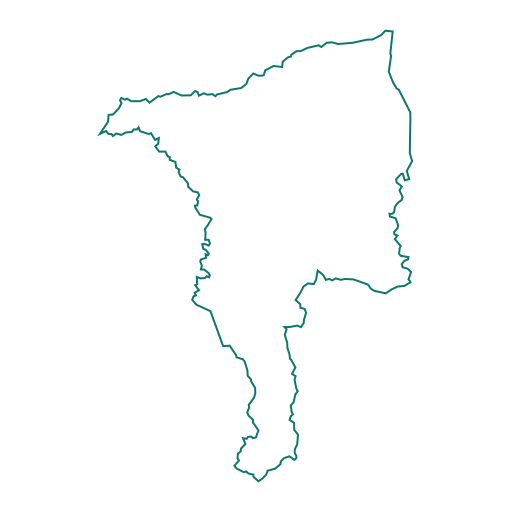 Ciales, Puerto Rico (Mercator projection)
{"feature_id": "32010507B34283188720428", "entity_name": "Ciales", "entity_type": "district", "adm_level": 2, "iso_a3": "PRI", "parent_name": "Puerto Rico", "parent_adm1": "", "projection": "mercator", "projection_center": [-66.527, 18.264], "detail": "fine", "context": "isolated", "style": "outline", "palette": "teal", "viewbox_px": 512, "rotation_deg": 0, "n_neighbors": 0, "source": "geoboundaries", "source_scale": "gbopen_adm2", "svg_char_len": 3705}
<svg xmlns="http://www.w3.org/2000/svg" viewBox="0 0 512 512"><path d="M108.0,121.8L99.9,133.9L106.1,131.0L108.3,133.8L111.6,134.1L112.9,136.1L116.2,133.5L121.3,134.9L125.7,132.5L131.9,131.9L133.7,129.4L137.0,129.5L138.6,127.4L140.0,131.2L148.7,134.0L151.0,133.2L155.1,139.9L158.8,138.1L158.2,143.8L155.3,146.3L159.1,151.6L165.4,151.6L167.7,156.3L169.8,157.1L169.7,159.9L175.4,161.9L176.1,167.5L179.5,169.7L178.6,172.1L180.6,176.5L183.2,177.4L188.0,183.5L188.1,186.7L193.1,191.4L197.8,192.3L199.2,195.1L196.8,199.5L198.1,201.4L197.3,205.3L194.9,205.6L195.3,207.5L199.9,214.8L210.2,217.7L211.5,218.9L207.9,225.1L204.8,229.2L205.6,232.5L205.2,239.8L208.7,239.8L209.9,243.4L208.7,245.6L204.2,243.7L202.2,244.3L203.4,249.1L205.6,249.7L208.7,253.6L207.8,255.3L205.6,254.3L206.0,257.8L200.7,259.6L200.3,261.7L201.9,265.6L200.9,269.5L204.1,269.5L208.6,273.1L209.8,275.2L209.0,277.3L206.8,276.3L205.0,278.0L200.5,278.4L196.8,276.9L197.2,284.2L195.2,285.2L199.0,290.2L194.7,292.7L195.9,295.4L193.5,296.4L192.2,299.8L196.4,304.7L210.5,311.2L215.6,325.4L223.1,346.1L229.7,345.7L236.0,355.0L236.5,357.3L242.9,359.3L244.6,361.5L247.4,370.3L247.7,375.9L250.9,379.2L251.2,381.4L255.1,387.9L255.3,393.4L254.1,397.6L248.8,404.7L249.2,407.3L247.2,412.6L248.6,415.7L253.0,419.7L253.0,422.5L258.4,430.3L256.0,437.3L252.9,438.2L251.2,436.6L248.0,436.8L246.7,438.8L243.0,438.2L245.4,444.0L240.9,448.6L240.8,451.2L237.9,453.7L237.5,458.4L239.0,460.4L234.4,465.8L236.6,468.5L243.8,472.2L246.1,471.4L248.4,473.5L253.4,474.6L253.4,476.7L258.5,481.3L262.6,478.4L266.1,474.7L267.6,470.7L275.0,468.7L280.4,464.3L280.8,461.5L283.9,458.2L289.5,456.3L294.3,459.9L296.3,458.1L296.4,456.0L294.6,452.7L294.9,449.1L297.2,444.4L298.0,434.6L294.2,429.8L294.1,422.8L289.6,419.9L290.8,416.3L292.9,414.3L291.6,411.8L290.8,405.4L293.5,402.5L295.4,394.3L297.7,391.1L296.3,388.6L294.5,379.6L295.6,376.2L292.0,373.9L295.4,367.5L291.2,359.8L289.9,358.7L289.6,354.6L287.4,347.9L287.2,342.7L284.8,334.9L286.6,329.3L284.5,327.0L289.3,327.1L297.2,325.6L301.0,327.1L303.7,323.0L304.0,319.7L306.1,312.7L304.6,308.9L300.4,307.8L300.2,304.1L295.6,300.1L300.7,292.2L303.5,286.5L308.1,283.4L313.7,284.1L316.1,279.7L317.4,271.7L317.7,270.5L323.3,275.2L325.8,279.9L329.1,278.9L332.2,280.4L335.7,278.4L340.7,279.8L345.0,279.0L353.5,279.4L367.5,284.4L368.9,285.7L370.7,288.6L374.5,290.9L385.8,293.3L391.8,289.3L397.5,286.6L404.3,285.9L410.5,282.3L409.9,281.1L408.5,279.5L411.1,271.9L407.5,268.7L402.6,267.2L401.7,264.1L404.3,260.9L408.1,259.3L408.5,257.1L400.7,255.8L399.1,253.9L399.7,248.2L400.7,246.0L394.8,239.0L397.5,235.6L394.4,234.3L394.1,232.0L397.6,228.1L398.1,225.2L395.6,218.2L389.9,216.5L389.5,213.7L392.0,213.9L394.1,212.1L394.9,207.1L397.1,203.5L401.7,199.9L402.6,197.1L399.5,190.4L400.5,188.7L401.8,186.5L396.6,182.3L396.1,179.3L401.1,174.0L402.8,173.7L404.8,180.3L409.2,179.1L406.8,171.0L412.1,161.1L411.3,158.3L409.8,153.3L410.2,127.4L410.4,121.9L410.3,112.4L398.9,89.8L396.6,88.4L393.3,82.9L391.0,77.5L388.8,71.6L391.1,55.7L390.3,53.5L392.7,31.5L385.3,30.7L381.4,34.9L372.6,39.5L367.0,39.7L352.6,42.8L338.3,44.0L332.1,42.3L326.6,42.8L321.3,47.0L318.6,45.3L307.5,47.9L300.7,51.1L296.5,51.2L291.3,54.7L290.8,56.6L287.9,57.4L282.7,61.7L282.2,67.0L273.7,66.0L265.2,70.3L263.8,75.1L261.9,75.7L258.5,75.7L253.3,73.5L248.2,78.8L246.4,83.9L241.2,88.0L230.3,89.8L227.3,92.0L217.0,94.5L215.4,96.2L212.4,94.1L207.6,94.7L203.6,93.3L199.0,95.7L197.6,92.1L195.1,91.0L190.8,95.3L181.5,95.5L173.7,91.9L168.7,94.2L166.9,93.9L160.4,96.7L158.3,96.1L154.7,98.9L149.4,102.7L145.9,98.9L140.1,101.2L131.2,101.2L127.1,98.7L124.9,99.7L121.4,97.9L120.0,100.3L121.5,103.1L118.9,108.3L113.0,114.5L108.6,114.9L108.0,121.8Z" fill="none" stroke="#0f766e" stroke-width="2"/></svg>